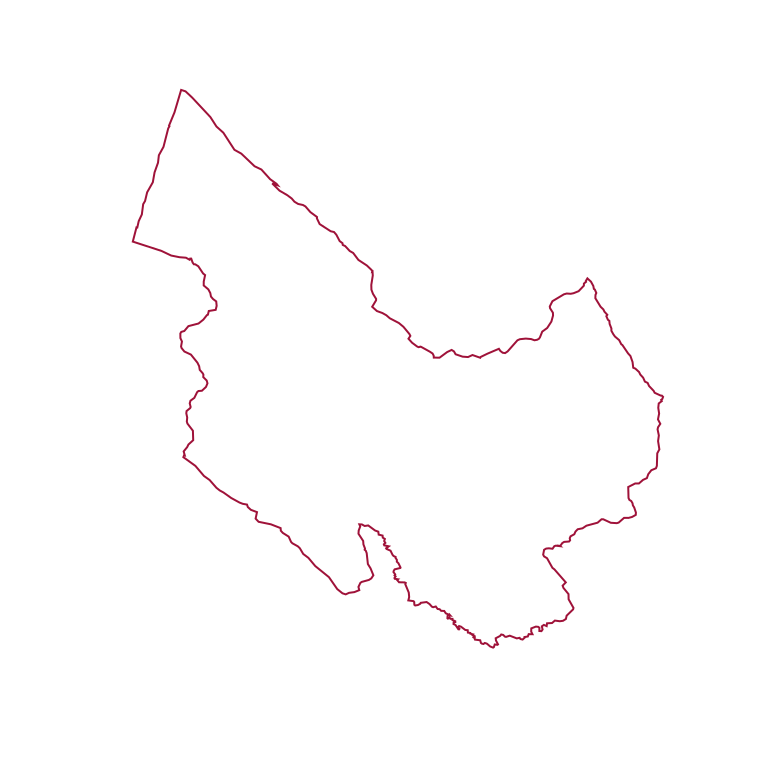 Ngara, Kagera, United Republic of Tanzania, rotated 288°
{"feature_id": "72390352B68533256720623", "entity_name": "Ngara", "entity_type": "district", "adm_level": 2, "iso_a3": "TZA", "parent_name": "United Republic of Tanzania", "parent_adm1": "Kagera", "projection": "natural_earth1", "projection_center": [30.671, -2.626], "detail": "fine", "context": "isolated", "style": "outline", "palette": "rose", "viewbox_px": 768, "rotation_deg": 288, "n_neighbors": 0, "source": "geoboundaries", "source_scale": "gbopen_adm2", "svg_char_len": 6161}
<svg xmlns="http://www.w3.org/2000/svg" viewBox="0 0 768 768"><g transform="rotate(288 384 384)"><path d="M601.0,100.2L577.6,100.8L563.3,99.7L562.9,100.3L560.4,99.8L541.4,101.0L532.0,99.2L524.6,100.7L514.4,100.4L504.4,101.8L493.1,99.5L484.2,100.2L480.6,99.4L470.4,101.3L463.1,100.4L456.6,101.0L456.5,100.2L441.8,101.1L441.8,131.3L440.4,141.9L441.4,150.4L442.9,156.6L442.1,160.7L443.4,160.9L443.7,161.9L440.3,164.5L439.1,166.2L439.5,167.5L438.6,171.0L433.2,177.8L432.3,180.2L425.7,180.9L422.0,182.1L419.7,187.7L416.8,190.7L413.7,192.4L412.0,195.1L410.7,198.9L406.6,200.7L402.5,201.0L399.3,194.8L395.5,195.1L394.8,194.3L389.4,192.3L384.2,188.9L378.6,180.1L372.7,177.7L370.9,175.1L369.1,174.7L364.7,176.2L362.0,178.7L357.0,179.4L355.6,180.4L353.2,184.1L352.3,191.3L346.6,200.0L343.8,202.7L340.5,204.4L338.3,208.1L337.2,209.3L334.7,210.0L332.5,214.3L330.1,215.9L326.2,215.6L321.3,212.9L320.0,209.7L318.5,208.8L312.2,207.9L308.3,205.1L305.6,205.2L302.4,207.2L301.2,207.1L297.3,204.6L295.1,205.0L291.3,207.2L287.3,208.1L285.6,209.3L280.5,216.7L271.6,219.9L266.0,216.7L263.1,216.3L258.0,214.3L254.8,216.4L254.9,215.9L252.4,215.8L247.8,230.0L240.9,241.2L238.8,247.8L233.5,256.7L232.0,260.7L231.2,264.9L228.4,273.8L226.6,283.2L226.4,286.7L227.0,291.0L224.9,292.5L223.2,296.3L222.9,302.8L216.3,303.5L214.2,307.3L215.6,319.8L215.0,330.2L212.6,331.2L211.1,333.8L209.4,340.5L205.1,344.4L204.2,346.1L203.0,352.2L201.8,354.7L197.4,359.7L195.3,365.8L189.6,374.9L183.3,391.3L174.5,402.9L172.1,409.2L172.1,412.6L174.6,415.3L176.9,420.1L180.3,424.2L183.1,422.4L187.6,423.0L188.9,424.0L193.0,430.2L195.2,432.0L198.8,433.0L204.5,428.2L207.8,424.3L217.8,419.8L219.8,418.2L220.4,416.8L221.6,416.8L225.1,414.0L228.3,412.7L233.7,406.0L236.9,405.2L241.2,405.4L242.9,403.9L243.6,406.4L243.0,409.5L244.6,412.7L241.9,420.8L241.8,424.2L239.1,425.5L239.4,429.5L237.5,430.3L236.9,432.7L234.7,432.7L233.3,434.4L231.5,433.4L230.6,434.1L231.1,438.7L228.4,436.8L227.9,437.4L227.5,441.7L224.2,444.9L223.4,446.2L223.1,448.5L222.2,448.7L220.7,450.6L219.0,451.1L218.0,453.1L214.6,456.4L214.1,456.4L211.0,451.4L209.3,451.0L208.1,451.1L206.4,453.5L205.2,453.2L204.6,454.5L202.7,453.9L202.1,454.4L202.6,457.6L201.7,457.0L200.1,459.6L201.7,465.0L201.5,466.2L200.2,466.1L193.3,472.0L189.1,473.8L185.7,474.0L186.6,479.2L186.0,480.1L183.4,481.1L183.0,482.1L184.3,484.6L186.2,486.4L187.2,486.5L189.8,491.9L188.8,495.3L187.0,498.4L186.9,499.7L188.4,502.0L186.6,504.5L187.0,506.5L185.9,508.5L186.8,511.4L185.0,513.6L184.6,517.3L185.0,517.4L184.3,518.6L184.0,516.6L183.2,516.1L180.8,516.7L180.6,517.3L182.2,518.4L181.2,519.7L181.8,521.7L180.7,522.0L180.4,525.1L179.6,525.4L178.7,523.9L177.2,524.3L176.9,526.5L173.7,530.5L173.8,531.2L174.5,531.4L175.5,529.5L177.0,530.2L177.0,532.2L175.2,537.3L175.7,539.7L173.5,540.6L173.9,543.0L173.2,543.3L173.4,546.1L172.5,545.8L172.3,546.4L172.4,548.0L172.9,547.9L171.4,548.5L171.3,547.6L170.7,547.4L170.5,548.4L169.0,549.5L170.0,554.7L167.7,556.2L167.3,557.4L167.5,559.0L168.8,559.8L168.9,560.8L168.8,562.3L167.2,566.0L167.0,569.2L167.7,569.8L170.5,569.8L171.0,572.5L171.6,572.9L174.6,569.8L176.7,568.8L180.2,572.2L182.0,572.9L182.2,574.9L181.1,577.1L181.2,578.2L183.5,581.4L183.1,588.9L184.5,591.4L183.6,592.6L183.8,594.8L186.3,596.2L186.8,595.9L188.3,598.8L190.8,598.9L191.9,602.5L194.0,600.5L197.1,599.6L200.2,603.4L200.7,605.7L200.2,607.1L197.1,608.1L197.6,610.1L199.5,610.7L202.3,609.0L204.3,610.5L204.0,613.5L206.8,613.0L208.6,617.7L211.8,619.6L212.7,624.5L214.1,627.4L216.7,629.6L220.1,629.3L228.1,633.5L229.6,633.4L236.3,626.1L241.2,624.4L245.5,617.7L247.4,616.2L251.5,618.2L260.4,603.3L261.2,601.0L268.7,592.9L269.5,589.5L270.9,588.1L275.8,587.5L277.6,589.1L278.7,591.6L279.4,595.2L282.4,596.1L283.3,597.3L284.2,601.7L284.4,601.2L284.5,601.7L287.8,602.7L289.5,604.1L291.4,608.7L292.9,609.3L294.7,608.3L296.8,608.5L299.9,611.4L302.8,611.7L305.7,613.1L308.1,617.4L311.8,620.3L318.1,630.0L322.6,632.7L323.1,634.3L322.1,642.6L323.6,648.4L324.7,650.0L330.9,653.7L332.2,657.9L334.2,661.0L337.3,663.9L339.6,663.3L343.9,660.1L345.5,658.2L347.4,657.2L349.1,655.3L349.6,653.2L351.1,651.8L361.5,648.1L367.0,653.6L368.2,657.2L372.9,660.0L375.7,663.1L379.9,663.2L384.6,664.9L387.9,668.7L390.5,668.8L402.5,665.3L406.9,666.1L414.4,662.3L420.0,661.3L425.4,658.2L427.6,658.0L431.5,659.1L435.0,655.5L440.9,654.8L446.1,652.2L450.4,651.3L453.6,653.5L454.5,652.5L455.7,653.3L458.0,653.4L458.8,651.9L458.5,650.6L459.3,644.1L460.8,642.6L464.0,636.7L466.5,634.4L466.9,631.4L470.1,628.5L472.2,624.8L474.2,622.9L476.3,618.3L476.5,616.0L481.7,613.6L486.8,609.7L488.5,606.7L494.8,598.6L495.1,597.4L498.4,594.1L500.5,589.0L502.2,586.7L504.9,583.8L507.1,583.1L510.9,580.0L513.7,578.8L514.3,577.1L517.2,574.5L518.8,575.0L520.9,571.3L522.7,569.6L524.4,566.1L530.9,558.5L534.1,557.6L536.2,557.8L539.0,555.3L539.3,554.2L541.9,552.8L545.3,549.2L547.3,544.8L544.2,544.1L543.6,544.6L541.3,543.1L539.3,543.7L532.4,540.4L528.9,536.2L527.5,533.7L526.5,529.8L524.9,527.4L514.8,518.6L509.0,517.7L507.4,518.5L504.0,522.6L501.4,523.6L495.1,523.9L487.7,521.9L482.7,518.3L476.6,517.9L474.9,517.4L473.4,516.0L472.1,513.6L472.2,510.0L471.0,504.8L468.6,499.4L466.8,497.4L453.2,491.5L450.8,489.6L450.4,487.2L451.4,484.4L453.0,482.4L444.8,473.0L439.5,467.5L438.7,467.4L438.9,459.2L435.6,455.6L434.3,450.3L434.4,442.9L436.6,440.5L437.3,437.8L433.9,434.2L426.2,428.7L424.5,423.2L426.3,422.5L428.0,420.8L428.9,417.6L430.8,407.8L430.7,406.2L430.5,406.9L429.7,405.5L429.9,403.9L431.9,398.0L434.6,393.3L437.9,394.2L439.4,392.7L444.4,384.8L446.6,379.3L448.3,369.2L450.1,365.0L451.0,360.5L451.2,354.7L453.8,348.9L461.1,350.6L462.5,350.2L466.4,345.6L469.8,342.9L474.3,341.3L483.7,339.8L487.5,338.3L487.2,338.0L488.0,337.9L488.8,336.5L491.4,331.1L494.1,321.3L499.1,314.2L499.9,310.3L503.2,304.4L503.5,301.8L505.1,301.0L506.2,297.7L511.2,292.6L513.1,289.5L512.8,286.1L516.2,273.4L520.8,269.0L522.1,268.7L524.7,260.9L528.6,254.4L529.2,251.6L528.7,246.7L529.7,242.5L531.9,238.9L533.7,233.6L535.6,224.9L540.2,215.7L540.1,221.6L541.2,219.9L543.6,212.4L550.1,201.1L551.1,193.6L559.0,177.1L560.5,169.4L573.3,153.6L577.1,145.1L584.2,136.4L597.1,113.1L601.0,104.8L601.0,100.2Z" fill="none" stroke="#9f1239" stroke-width="2"/></g></svg>